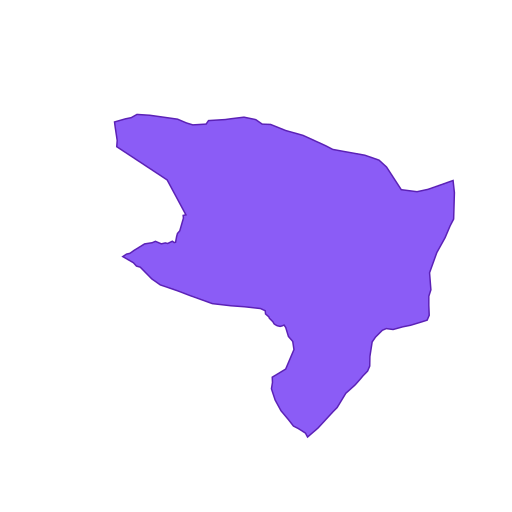 Kontagora, Niger, Nigeria (Equal Earth projection), rotated 293°
{"feature_id": "59680162B51611927546147", "entity_name": "Kontagora", "entity_type": "district", "adm_level": 2, "iso_a3": "NGA", "parent_name": "Nigeria", "parent_adm1": "Niger", "projection": "equal_earth", "projection_center": [5.445, 10.449], "detail": "fine", "context": "isolated", "style": "filled", "palette": "violet", "viewbox_px": 512, "rotation_deg": 293, "n_neighbors": 0, "source": "geoboundaries", "source_scale": "gbopen_adm2", "svg_char_len": 1628}
<svg xmlns="http://www.w3.org/2000/svg" viewBox="0 0 512 512"><g transform="rotate(293 256 256)"><path d="M109.5,374.2L121.9,380.3L142.9,387.8L148.2,389.9L164.7,392.3L176.3,397.7L183.8,400.2L187.5,401.3L193.7,403.7L199.1,403.7L208.0,400.1L222.3,396.5L228.1,397.7L237.0,401.3L240.1,404.3L241.9,410.9L244.2,413.8L248.1,418.7L252.6,425.3L260.2,434.4L263.8,438.6L269.1,438.6L278.0,434.4L286.5,430.8L291.9,430.3L293.2,430.2L308.4,422.3L329.8,421.1L346.7,422.9L359.7,422.9L367.2,423.5L391.8,413.9L402.5,407.9L384.5,388.2L378.1,379.1L373.8,363.8L388.9,341.4L392.3,331.8L391.3,316.8L386.6,296.2L384.1,285.0L384.7,277.5L385.4,252.1L383.1,234.3L382.8,218.0L379.8,210.2L381.4,202.7L381.3,201.7L379.1,190.7L372.6,179.4L369.6,174.4L362.1,159.4L357.9,158.5L352.0,146.6L351.3,140.0L351.3,130.3L344.1,103.4L339.8,91.1L334.6,87.1L331.3,82.3L324.1,73.4L319.5,76.1L308.1,83.1L302.2,85.1L291.3,144.5L266.5,175.4L264.9,173.1L262.5,174.4L249.4,176.0L246.1,174.9L243.0,175.3L237.2,176.6L236.4,175.4L236.9,173.2L233.0,169.8L232.6,167.4L230.2,164.1L230.2,157.7L227.7,155.3L223.6,148.7L213.6,141.6L209.2,138.9L207.2,136.1L203.4,133.6L201.9,145.8L200.0,149.9L200.5,153.8L194.2,169.0L192.0,179.2L193.3,197.2L193.8,211.0L195.1,234.4L197.7,243.2L200.4,252.4L204.9,265.6L209.4,280.7L209.2,285.9L206.4,287.4L205.0,291.6L203.9,292.7L202.1,297.2L200.6,299.2L200.3,300.7L200.1,302.7L200.6,305.7L202.0,307.5L203.4,308.8L201.8,311.3L194.6,317.3L191.7,323.2L184.7,327.5L163.5,327.5L150.8,318.3L146.0,320.6L139.8,322.1L130.9,329.9L123.3,339.5L118.1,349.7L114.1,356.9L113.7,362.3L112.3,370.7L109.5,374.2Z" fill="#8b5cf6" stroke="#5b21b6" stroke-width="1.5"/></g></svg>